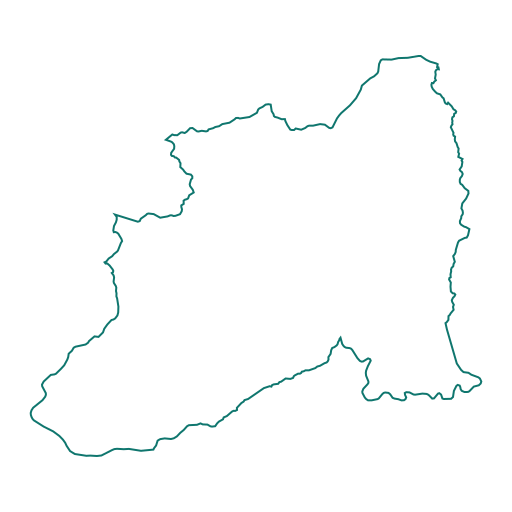 outline of Nova Canaã do Norte, Mato Grosso, Brazil
{"feature_id": "56859067B70973465744511", "entity_name": "Nova Canaã do Norte", "entity_type": "district", "adm_level": 2, "iso_a3": "BRA", "parent_name": "Brazil", "parent_adm1": "Mato Grosso", "projection": "mercator", "projection_center": [-56.025, -10.669], "detail": "fine", "context": "isolated", "style": "outline", "palette": "teal", "viewbox_px": 512, "rotation_deg": 0, "n_neighbors": 0, "source": "geoboundaries", "source_scale": "gbopen_adm2", "svg_char_len": 6047}
<svg xmlns="http://www.w3.org/2000/svg" viewBox="0 0 512 512"><path d="M104.6,262.3L105.6,263.6L107.3,263.5L109.6,265.5L112.7,269.5L113.3,270.9L113.0,272.2L111.8,273.0L113.6,275.4L114.1,277.4L113.6,281.6L113.9,283.0L115.8,286.0L116.3,287.6L116.0,291.0L116.5,293.3L116.4,296.4L117.1,298.3L118.4,306.6L118.2,312.5L117.4,315.5L115.2,318.4L113.5,319.5L111.5,320.0L107.4,324.4L104.3,328.7L103.0,332.4L98.5,336.9L94.5,336.4L89.0,341.1L88.1,342.7L85.6,344.5L75.5,346.7L73.7,347.7L71.9,350.8L68.7,353.7L68.2,357.1L67.3,359.6L64.2,365.3L61.0,368.8L55.9,373.8L54.4,374.4L50.8,374.9L43.7,381.5L42.0,384.6L42.2,386.3L45.8,393.1L45.9,394.8L45.2,396.7L42.5,400.2L33.2,407.7L31.5,410.3L30.7,413.0L30.9,415.1L31.6,417.1L32.5,418.8L33.8,420.3L43.7,426.6L53.2,431.4L59.4,436.0L62.9,439.6L65.2,442.8L66.6,445.8L70.1,451.1L74.8,454.0L86.4,455.8L90.2,455.6L96.9,456.0L101.4,455.5L112.0,450.1L114.3,449.1L117.0,448.8L123.8,449.2L128.9,448.9L141.0,450.8L153.4,449.6L154.1,448.1L156.1,445.5L157.6,440.7L158.8,439.9L160.3,439.1L164.7,438.4L171.0,439.0L173.8,438.3L176.9,436.4L180.3,432.8L183.7,430.0L187.1,426.2L188.9,425.2L197.0,424.8L200.5,423.4L202.7,424.4L207.5,424.6L210.4,426.3L212.0,426.6L215.2,426.2L217.1,423.4L218.9,421.6L223.0,419.3L223.7,417.4L226.8,416.1L232.1,411.5L233.6,410.8L235.2,410.9L237.0,410.0L236.9,407.8L241.4,403.0L243.6,401.6L244.5,400.1L248.1,399.0L263.9,388.1L269.7,386.2L271.4,386.6L272.1,385.1L273.7,384.4L278.2,383.8L279.4,382.1L281.1,381.7L285.6,378.5L290.4,378.9L293.1,377.9L293.8,376.2L294.8,375.4L298.0,373.7L299.9,373.7L301.2,372.9L301.8,371.7L303.7,371.3L305.5,370.3L309.0,370.3L315.3,368.1L317.3,366.5L320.0,365.8L324.5,363.2L326.6,362.5L327.7,361.4L328.5,359.6L328.4,357.1L330.6,353.9L331.2,350.2L332.2,348.0L334.4,347.1L336.7,345.4L337.6,344.1L338.1,342.1L339.2,340.3L339.5,339.0L340.5,337.7L342.2,343.9L343.3,345.6L344.5,346.9L346.1,347.7L349.7,348.1L351.1,348.7L352.3,350.0L357.4,358.1L359.9,360.9L361.5,361.6L363.0,361.5L368.1,358.4L370.1,359.2L370.7,360.7L367.9,366.1L366.1,370.7L365.8,372.9L366.1,375.7L368.4,381.4L368.4,382.9L367.5,384.3L363.4,388.7L362.3,391.4L362.4,392.9L364.8,397.5L366.2,399.1L368.0,400.3L371.8,400.3L377.6,399.1L378.8,398.4L382.4,394.0L383.7,392.9L385.2,392.5L388.5,392.9L390.2,394.3L392.6,397.8L394.6,398.6L398.3,399.2L401.6,400.4L404.1,400.2L405.5,399.1L406.2,397.4L405.0,394.8L404.8,393.0L406.3,392.2L409.5,392.4L413.5,394.5L415.1,394.7L422.4,393.6L426.3,393.9L427.6,394.3L429.1,395.4L432.2,398.6L434.0,398.4L438.0,393.6L439.3,393.2L441.1,394.6L442.4,398.5L443.8,399.0L451.1,398.8L453.0,397.0L453.9,390.9L456.4,385.9L457.7,384.9L459.7,385.6L460.3,387.1L460.6,389.0L461.7,390.8L464.4,392.0L467.0,392.0L468.4,391.8L469.5,391.1L473.8,386.6L478.8,385.3L480.7,383.5L481.3,381.5L479.9,378.5L478.3,377.3L471.3,374.7L468.5,372.8L463.5,372.1L461.1,369.9L456.8,363.5L446.9,329.3L445.5,323.1L446.7,322.2L448.4,319.9L448.5,316.1L449.8,314.9L450.6,313.4L453.6,309.8L453.0,306.9L453.8,304.8L452.2,301.9L451.8,300.2L453.0,297.7L454.4,296.4L455.3,294.6L454.4,293.5L452.7,293.3L450.9,291.5L450.5,286.7L450.8,282.5L449.1,279.5L449.4,278.0L450.7,277.3L450.5,274.3L451.2,271.2L451.0,269.7L451.7,267.7L453.2,266.4L453.6,263.9L454.8,261.8L453.2,256.1L454.9,253.9L455.7,251.9L455.8,249.9L458.0,242.5L459.1,240.7L464.8,237.9L466.7,237.6L468.0,235.3L469.4,229.1L465.9,227.1L464.3,226.7L461.1,224.7L460.0,223.2L459.9,221.1L461.2,218.2L461.3,216.3L462.7,214.2L462.9,212.8L462.6,210.7L461.4,208.4L462.3,203.4L466.1,198.6L468.5,193.5L468.3,190.9L464.7,188.2L462.2,184.8L460.6,183.9L459.8,182.0L459.8,179.7L460.3,178.1L461.9,176.1L462.7,174.0L462.0,172.2L460.3,170.8L459.6,169.5L461.7,166.4L462.4,161.9L461.6,160.6L462.5,159.0L458.3,156.9L459.1,153.7L458.2,152.2L458.6,148.5L457.7,147.1L456.5,143.2L455.1,141.4L454.8,139.3L455.1,136.6L453.6,135.7L453.2,134.3L453.5,132.8L450.8,127.2L451.5,125.5L452.5,124.3L452.2,122.6L452.5,120.9L452.0,119.1L452.4,117.3L453.9,116.3L454.2,113.8L455.8,112.9L456.2,111.5L455.1,110.2L453.5,109.3L451.7,106.3L448.1,102.7L447.2,104.1L445.7,103.5L444.9,102.5L443.6,98.3L442.4,97.4L440.3,94.4L436.9,93.3L435.2,91.7L432.8,89.0L431.7,86.7L431.4,84.8L431.9,83.0L433.4,83.2L434.2,81.7L435.9,80.3L435.0,78.4L435.7,74.6L435.3,71.8L435.9,70.3L437.4,69.1L438.8,69.3L438.4,67.3L437.1,67.0L437.7,64.2L436.1,63.4L430.2,61.7L426.2,59.8L420.7,56.0L418.4,56.0L407.8,57.8L398.5,58.1L391.6,59.6L382.4,59.4L380.8,60.3L379.1,64.0L378.2,71.6L377.4,73.3L374.1,76.3L370.2,78.4L361.9,85.6L360.8,89.6L356.1,98.2L349.9,105.4L341.2,113.1L339.1,115.5L337.0,118.4L332.5,127.4L330.7,128.2L329.2,127.9L324.9,124.7L320.1,124.1L312.9,125.7L309.0,125.7L307.5,126.2L305.2,128.0L301.2,129.7L295.7,128.5L294.1,130.0L291.7,130.0L290.3,129.6L287.4,125.2L285.4,121.1L284.9,119.1L281.6,119.2L277.6,117.6L274.9,116.9L273.9,116.0L273.6,114.3L271.7,111.2L270.7,104.6L268.4,104.2L265.6,104.6L262.6,106.9L259.4,108.4L258.2,109.5L256.9,112.8L249.5,117.0L239.8,118.5L238.1,117.9L236.0,118.0L234.5,119.4L229.5,122.7L222.3,124.1L219.1,126.2L215.3,127.0L213.1,128.2L208.6,129.4L207.6,131.0L206.0,131.4L201.8,130.8L198.4,131.5L197.0,131.3L192.5,128.0L190.1,128.2L186.6,131.8L184.7,133.0L182.1,132.3L180.7,132.6L177.3,135.2L174.1,135.1L172.3,134.5L165.9,139.8L171.0,141.6L172.2,142.3L173.9,144.3L174.3,146.2L174.1,148.8L171.2,152.8L171.0,154.8L171.8,155.9L173.8,156.2L174.9,157.5L176.2,157.6L179.1,159.9L179.4,161.5L180.5,163.2L180.3,167.1L183.1,169.6L184.3,171.4L186.5,173.7L190.9,174.6L192.3,176.3L192.3,178.2L191.0,179.6L189.7,184.2L190.1,186.1L192.8,189.8L193.7,192.5L189.2,195.3L188.1,198.4L186.7,199.2L184.9,199.7L183.6,200.7L183.7,203.9L181.3,205.4L181.3,206.9L182.0,209.3L181.7,211.3L180.0,214.2L175.5,215.8L173.6,216.0L171.7,215.3L170.3,215.3L167.6,216.4L160.2,217.7L153.7,214.1L148.5,213.5L147.1,213.9L145.8,215.2L140.8,218.7L139.7,221.1L137.8,221.7L115.0,214.6L116.7,216.9L116.7,219.7L115.9,222.4L114.0,226.0L113.3,230.4L113.8,232.2L115.4,232.0L116.9,232.6L118.3,233.7L121.4,238.9L122.1,241.1L120.9,243.0L118.0,250.4L117.2,251.5L113.9,254.1L112.2,256.2L108.7,258.5L106.3,261.5L104.6,262.3Z" fill="none" stroke="#0f766e" stroke-width="2"/></svg>